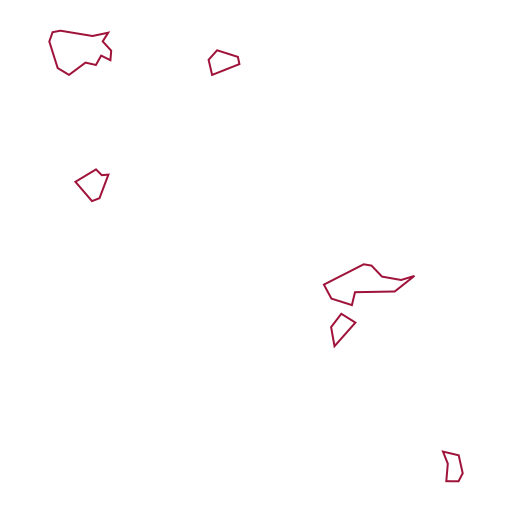 SVG path tracing the border of Marquesas Islands
{"feature_id": "PYF-4967", "entity_name": "Marquesas Islands", "entity_type": "state/province", "adm_level": 1, "iso_a3": "PYF", "parent_name": "French Polynesia", "parent_adm1": "", "projection": "albers", "projection_center": [-139.551, -9.25], "detail": "coarse", "context": "isolated", "style": "outline", "palette": "rose", "viewbox_px": 512, "rotation_deg": 0, "n_neighbors": 0, "source": "natural_earth", "source_scale": "10m", "svg_char_len": 699}
<svg xmlns="http://www.w3.org/2000/svg" viewBox="0 0 512 512"><path d="M401.1,280.0L414.4,275.9L394.7,291.5L355.0,292.2L351.9,305.1L331.4,298.6L323.9,284.6L363.7,264.3L371.5,265.6L382.0,276.6L401.1,280.0ZM102.7,41.4L111.2,50.7L110.4,60.2L101.2,55.6L95.9,65.0L85.5,62.6L69.0,74.9L57.7,68.1L49.3,41.5L52.6,32.2L60.4,30.7L92.5,36.0L108.2,32.7L102.7,41.4ZM96.0,169.4L101.8,175.2L108.4,174.6L99.5,198.2L92.0,201.1L75.4,181.8L96.0,169.4ZM443.0,451.6L458.7,455.3L462.7,473.3L458.5,481.3L446.3,481.2L447.8,463.7L443.0,451.6ZM237.9,56.9L239.4,64.1L212.1,74.9L208.6,59.8L217.1,50.3L237.9,56.9ZM341.3,313.8L355.4,322.6L334.5,346.2L331.1,327.1L341.3,313.8Z" fill="none" stroke="#9f1239" stroke-width="2"/></svg>